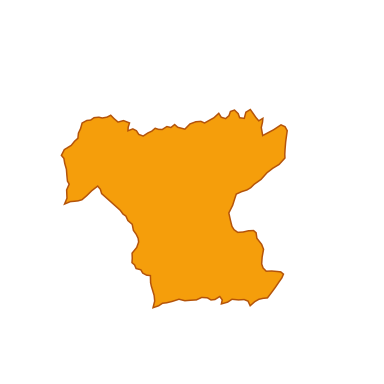 Mendonça, São Paulo, Brazil (Equal Earth projection), rotated 223°
{"feature_id": "56859067B44337407830126", "entity_name": "Mendonça", "entity_type": "district", "adm_level": 2, "iso_a3": "BRA", "parent_name": "Brazil", "parent_adm1": "São Paulo", "projection": "equal_earth", "projection_center": [-49.571, -21.202], "detail": "fine", "context": "isolated", "style": "filled", "palette": "amber", "viewbox_px": 384, "rotation_deg": 223, "n_neighbors": 0, "source": "geoboundaries", "source_scale": "gbopen_adm2", "svg_char_len": 2196}
<svg xmlns="http://www.w3.org/2000/svg" viewBox="0 0 384 384"><g transform="rotate(223 192 192)"><path d="M190.4,294.2L191.7,289.6L196.3,290.1L200.3,291.0L205.6,292.1L207.0,287.1L204.0,281.5L207.8,278.8L211.7,280.8L216.8,280.9L218.8,277.1L217.0,273.0L217.5,268.6L221.6,266.6L226.1,267.8L226.6,261.2L228.1,256.6L229.9,251.0L233.7,249.7L237.1,246.0L239.9,240.4L240.1,233.1L246.6,229.6L250.7,229.5L251.4,224.8L255.0,222.7L256.4,217.4L259.3,214.9L262.4,213.5L262.9,209.1L264.5,205.2L265.9,199.6L270.2,197.8L274.4,198.9L278.3,197.8L280.6,193.1L282.9,195.9L284.8,199.9L290.8,197.5L293.8,192.7L299.0,192.5L303.8,192.7L305.2,188.8L308.1,184.9L311.1,183.2L314.3,179.6L315.2,175.4L317.7,172.6L319.4,167.5L316.7,162.3L315.2,157.6L312.1,153.5L312.5,149.1L312.1,143.8L314.3,136.0L312.5,129.7L308.6,129.2L304.7,126.2L299.4,123.0L294.6,118.6L290.5,115.0L287.2,114.0L285.1,108.0L279.2,102.2L277.0,96.3L274.4,102.0L271.7,105.0L269.3,107.8L267.2,111.3L266.5,117.5L266.2,124.6L265.0,132.0L260.9,131.5L257.0,129.2L232.1,129.7L227.5,128.8L223.9,129.3L219.4,127.4L213.7,127.6L208.7,124.0L203.9,123.0L199.8,121.4L196.9,119.0L194.6,113.7L194.1,106.4L190.5,102.8L187.7,99.4L184.3,99.5L180.7,97.9L176.4,100.2L172.7,99.1L168.5,100.2L165.4,102.5L160.5,97.5L157.5,95.4L154.2,93.5L149.1,90.5L144.9,86.8L141.6,80.8L138.8,86.0L137.7,90.5L135.0,93.7L131.9,98.4L128.4,104.7L123.1,107.6L118.9,112.2L115.2,116.1L113.0,121.5L108.6,125.1L104.5,126.0L101.9,129.0L100.4,134.5L96.3,133.7L94.2,130.2L90.8,135.8L89.6,140.8L84.4,144.8L80.5,148.9L76.6,150.4L71.9,148.5L71.3,154.7L69.9,159.2L67.5,162.7L64.6,166.0L65.2,171.9L66.0,178.9L67.0,185.3L67.7,190.4L69.1,194.3L72.6,194.1L75.3,192.1L79.8,188.6L83.7,184.7L88.2,184.9L92.0,186.9L96.3,192.2L100.6,198.9L105.4,201.2L113.0,202.4L117.3,205.9L120.7,205.8L124.3,202.1L127.4,197.5L131.0,193.7L135.5,193.1L139.3,194.1L142.9,196.4L145.9,198.4L150.8,201.8L153.2,210.0L156.3,216.5L158.2,220.7L156.0,226.0L153.2,231.0L152.0,235.2L151.8,240.1L150.1,248.3L150.3,257.3L149.1,264.5L147.1,271.6L147.2,280.2L149.9,282.9L153.0,286.6L157.8,292.7L164.2,301.8L168.5,303.2L172.7,301.8L174.8,293.1L178.8,281.5L185.3,286.4L188.1,291.2L190.4,294.2Z" fill="#f59e0b" stroke="#b45309" stroke-width="1.5"/></g></svg>